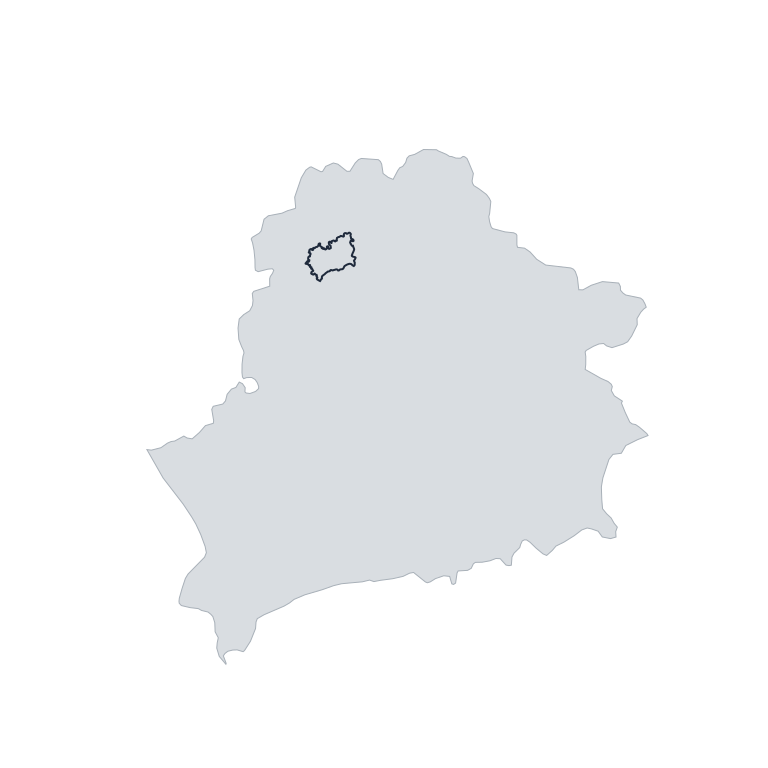 location of Hlybokaye, Vitebsk, Belarus, rotated 338°
{"feature_id": "67162791B12228546801080", "entity_name": "Hlybokaye", "entity_type": "district", "adm_level": 2, "iso_a3": "BLR", "parent_name": "Belarus", "parent_adm1": "Vitebsk", "projection": "albers", "projection_center": [27.835, 55.173], "detail": "fine", "context": "in_parent", "style": "outline", "palette": "slate", "viewbox_px": 768, "rotation_deg": 338, "n_neighbors": 0, "source": "geoboundaries", "source_scale": "gbopen_adm2", "svg_char_len": 9720}
<svg xmlns="http://www.w3.org/2000/svg" viewBox="0 0 768 768"><g transform="rotate(338 384 384)"><path d="M609.5,530.7L598.4,530.6L585.2,531.6L578.1,537.1L569.9,535.0L564.3,538.2L551.8,553.0L547.0,560.8L542.6,572.8L539.9,581.6L541.8,587.7L544.4,593.3L545.2,599.4L546.7,604.1L543.5,607.7L541.8,612.8L536.1,612.2L529.1,607.6L527.4,600.7L522.0,596.0L518.4,593.6L512.7,593.4L503.6,595.9L491.7,598.0L482.7,598.7L477.8,601.3L470.6,603.9L467.8,601.1L463.6,593.3L460.1,585.4L457.8,582.0L455.8,581.1L453.4,581.3L450.6,583.9L448.6,586.5L441.1,589.6L437.8,592.4L434.2,599.7L431.8,599.2L429.3,597.6L426.3,589.5L422.4,587.7L416.0,587.6L408.2,586.0L401.9,583.6L399.5,584.2L395.8,587.6L391.7,588.1L382.7,585.1L381.0,586.5L375.8,595.4L373.4,595.9L372.0,594.7L372.8,587.0L367.6,584.2L358.9,583.7L352.7,584.8L349.7,584.5L348.2,583.0L340.8,569.8L336.8,569.0L329.7,569.5L319.2,567.8L307.2,564.7L300.6,563.4L297.2,560.4L289.8,559.3L269.9,553.3L261.8,552.1L249.8,551.6L231.6,549.8L219.9,550.0L214.4,551.6L208.1,552.5L186.4,553.0L178.6,554.1L176.2,556.7L173.3,562.6L163.8,572.5L154.8,578.9L153.1,579.4L148.2,575.5L144.0,574.0L139.1,573.3L135.5,574.3L133.2,575.9L133.0,583.9L132.4,584.6L129.2,574.8L130.0,566.2L132.4,561.5L135.3,557.2L134.6,550.5L137.7,541.9L138.2,535.5L137.2,532.7L135.4,529.5L130.0,525.6L127.7,522.7L120.3,518.6L113.1,513.5L112.0,510.6L112.5,508.7L114.0,505.9L120.3,497.8L127.0,489.9L131.1,486.8L152.7,477.4L156.1,473.9L157.3,467.7L157.7,455.0L157.1,443.3L155.9,435.3L152.8,420.1L144.0,388.5L139.6,356.0L143.6,358.2L153.3,359.5L161.1,357.7L165.1,357.6L168.6,358.5L178.9,357.3L181.2,360.3L185.6,363.0L194.7,359.8L202.8,355.7L211.0,356.5L212.3,354.3L214.8,343.0L217.3,340.7L227.0,342.2L230.7,340.3L234.7,334.8L240.6,331.6L245.4,331.7L250.5,328.0L252.9,330.7L253.9,335.4L252.1,339.2L252.8,340.7L256.2,342.6L262.1,342.8L266.0,341.3L266.9,339.2L267.0,335.3L266.2,331.6L263.8,328.4L259.1,326.6L255.9,326.5L255.4,324.5L256.6,320.2L259.8,312.5L263.6,305.5L265.8,302.8L266.3,300.4L266.0,296.1L266.1,288.3L269.6,277.5L274.1,269.5L279.9,267.1L286.9,265.8L291.4,262.0L293.8,257.6L295.8,250.7L298.0,249.3L314.7,250.5L317.4,243.6L318.9,241.7L322.1,239.6L324.4,237.2L323.6,235.3L319.3,234.0L309.4,232.7L307.4,230.3L308.1,227.6L310.9,220.4L313.6,211.2L315.0,204.0L315.2,199.8L316.7,198.7L324.8,197.4L327.5,196.0L334.5,186.3L339.8,184.7L353.4,187.4L359.7,187.2L367.6,188.0L368.3,187.0L371.2,177.3L384.6,161.8L391.7,156.4L396.2,155.2L397.8,155.4L405.1,163.6L406.7,163.9L411.5,160.4L419.8,160.1L423.6,162.9L429.3,172.9L432.1,174.0L440.1,168.3L444.5,166.4L447.5,166.4L462.8,173.9L464.0,176.3L464.2,179.3L462.0,188.5L465.3,194.0L469.1,197.7L476.8,191.2L479.6,189.4L482.8,189.3L487.0,186.8L489.9,183.2L492.8,181.9L498.4,182.6L508.5,181.4L520.5,186.5L521.6,188.2L527.8,194.4L530.0,197.5L532.0,198.5L535.3,201.5L539.6,203.3L542.5,202.6L543.9,203.5L545.4,206.0L545.6,210.2L545.7,222.3L541.7,228.8L541.3,231.0L541.6,233.7L545.2,238.7L550.0,246.7L551.2,251.3L551.4,254.8L545.8,265.5L543.9,268.0L542.7,273.1L542.2,278.3L542.8,280.5L553.2,288.3L560.9,292.4L562.7,294.5L562.9,295.9L559.3,304.9L559.0,307.3L565.2,310.7L568.9,316.3L572.3,325.6L578.5,334.3L600.7,346.4L602.7,348.6L603.5,351.4L603.2,357.7L599.9,369.6L603.7,371.2L613.2,370.1L624.9,370.9L639.4,378.3L639.7,382.1L638.4,385.6L639.6,389.1L641.4,392.0L654.1,400.5L655.5,403.1L656.0,407.6L655.9,411.0L652.6,411.9L648.9,413.7L643.1,418.1L641.0,423.9L631.6,432.3L625.7,436.1L620.8,436.6L609.0,435.7L604.7,432.1L602.8,428.7L598.3,427.4L592.3,427.5L584.1,428.6L582.5,429.7L581.4,434.1L578.3,441.6L576.0,445.9L587.2,460.0L592.7,465.7L594.6,469.3L594.7,471.9L592.3,475.2L593.1,481.3L598.6,489.2L597.0,490.6L597.0,500.7L597.6,511.4L599.1,513.9L602.1,515.9L604.6,519.7L609.1,528.4L609.5,530.7Z" fill="#d9dde1" stroke="#a8b0b8" stroke-width="1"/><path d="M400.2,263.3L401.1,262.9L401.4,262.6L401.6,262.2L401.8,261.7L402.0,261.3L402.1,260.8L402.4,260.4L402.4,260.2L402.3,259.5L402.3,259.0L402.3,258.5L402.5,258.3L402.7,258.2L403.0,258.0L403.4,257.7L403.8,257.5L404.2,257.0L404.5,256.8L404.7,256.6L404.9,256.3L405.0,256.1L404.9,255.8L404.7,255.6L404.4,255.3L404.2,255.2L403.9,255.0L403.4,254.6L403.0,254.3L402.7,254.1L402.5,253.8L402.3,253.5L402.2,253.2L402.3,252.8L403.0,252.0L403.8,251.1L404.8,250.2L405.3,249.7L405.7,249.3L406.0,249.0L406.3,248.6L406.7,248.1L406.9,247.4L406.9,247.1L406.9,246.4L406.9,245.4L407.0,244.3L406.6,244.3L406.4,244.1L406.2,243.9L406.0,243.6L406.0,243.4L405.8,242.6L405.8,241.9L405.6,241.6L405.6,241.0L405.6,240.4L405.6,240.1L405.7,239.9L406.6,239.0L406.8,238.7L407.1,238.6L407.6,239.0L407.9,239.4L408.1,239.6L408.6,239.9L408.8,240.0L409.1,239.9L409.3,239.9L409.5,239.6L409.6,239.4L409.6,239.1L409.5,238.6L409.3,238.2L409.0,237.9L408.8,237.7L408.5,237.4L408.2,237.1L408.1,236.9L408.0,236.5L408.1,236.2L408.3,235.7L408.3,235.4L408.4,234.6L408.4,234.2L408.5,233.8L408.9,233.2L409.1,233.0L409.4,232.6L409.4,232.4L409.3,231.9L409.2,231.6L409.0,231.2L408.8,230.9L408.4,230.7L407.9,230.6L407.5,230.7L406.9,230.9L406.2,230.9L405.7,230.7L405.5,230.4L405.4,230.1L405.2,229.8L404.8,229.7L404.3,229.5L404.0,229.5L403.5,229.6L403.1,229.9L402.9,230.1L402.6,230.6L402.5,231.2L402.4,231.5L402.3,231.8L402.1,232.0L401.8,232.1L401.5,232.1L400.9,231.6L400.4,231.2L400.0,230.9L399.7,230.7L399.3,230.5L398.9,230.6L398.5,230.7L398.2,230.8L397.6,230.9L397.0,230.7L396.5,230.7L396.0,230.8L395.2,230.9L394.9,231.3L394.8,231.5L394.6,231.8L394.4,232.0L394.3,232.3L394.2,232.8L394.2,233.0L393.9,233.4L393.6,233.4L393.4,233.2L393.2,233.0L392.9,233.1L392.7,233.2L392.5,233.4L392.2,233.5L391.9,233.2L391.7,233.1L391.6,232.6L391.3,232.3L390.8,232.0L390.4,232.0L389.5,232.0L389.1,232.0L388.8,232.2L388.7,232.4L388.5,232.6L388.5,233.0L388.4,233.3L388.1,233.6L387.9,233.5L387.8,233.3L387.7,232.8L387.6,232.5L387.5,232.2L387.3,231.9L386.9,231.7L386.3,231.8L386.0,231.9L385.8,232.2L385.6,232.9L385.4,233.4L385.4,233.9L385.5,234.3L386.1,235.5L386.2,235.8L386.2,236.2L386.0,236.6L385.9,237.1L385.8,237.3L385.7,237.9L385.6,238.0L385.2,238.1L384.1,238.2L383.8,238.2L383.6,238.0L383.4,237.8L383.3,237.4L383.3,236.6L383.5,236.2L383.7,235.8L383.7,235.5L383.5,235.3L383.0,235.1L382.8,235.2L382.5,235.3L382.3,235.6L382.1,236.4L381.9,236.7L381.8,236.9L381.3,237.2L380.8,237.3L380.0,237.3L379.8,237.1L379.7,237.0L379.6,236.2L379.3,235.8L379.2,235.8L378.9,236.0L378.6,236.1L378.4,236.1L378.2,236.0L378.2,235.7L378.5,235.1L378.4,234.9L378.3,234.7L378.0,234.7L377.7,234.9L377.4,234.9L377.2,234.7L377.2,234.4L377.4,233.8L377.5,233.6L377.3,233.2L376.9,232.8L376.6,232.4L376.5,231.9L376.6,231.4L377.0,230.8L377.1,230.5L377.3,230.2L377.4,229.9L377.1,229.6L376.7,229.5L376.2,229.6L375.9,229.7L375.7,229.9L375.5,230.2L375.3,230.6L375.2,230.9L374.9,231.2L373.9,231.6L373.6,231.8L373.4,231.8L373.1,231.7L372.7,231.6L371.9,231.6L371.2,231.9L370.9,232.0L370.6,231.9L370.2,231.5L369.8,231.5L369.4,231.5L369.0,231.6L368.9,232.0L369.0,232.5L368.8,232.8L368.6,233.0L368.1,233.0L367.8,233.0L367.7,232.9L367.5,232.7L367.4,232.4L367.4,232.0L367.3,231.7L366.9,231.5L366.5,231.5L366.2,231.5L365.5,231.6L365.0,231.9L364.8,232.1L364.8,232.9L364.7,233.2L364.6,233.3L364.0,233.4L363.8,233.5L363.6,233.7L363.7,234.2L363.9,234.5L364.5,234.9L364.7,235.3L364.7,235.7L364.5,236.1L364.2,236.5L363.9,236.7L363.4,237.0L363.3,237.3L363.3,237.7L363.2,237.9L363.0,238.0L362.7,238.0L362.5,237.9L362.3,237.8L362.0,237.8L361.6,237.9L361.4,238.1L361.2,238.3L360.8,239.0L360.6,239.5L360.5,239.8L360.4,240.1L360.6,240.5L361.0,240.9L361.2,241.2L361.0,241.6L360.7,242.0L360.2,242.3L359.8,242.5L359.4,242.4L359.4,242.1L359.5,241.8L359.5,241.5L359.3,241.4L359.2,241.4L358.6,241.6L358.0,242.0L357.7,242.1L357.2,242.4L356.9,242.7L356.5,242.8L356.4,243.0L356.5,243.2L357.0,243.5L357.4,243.8L358.4,244.2L358.6,244.5L358.6,245.2L358.6,245.5L358.8,245.8L359.0,246.0L359.4,245.8L359.6,245.8L359.9,245.9L360.0,246.1L360.0,246.4L359.9,246.6L359.3,247.2L359.2,247.4L359.2,247.6L359.3,247.8L359.5,248.0L360.1,248.3L360.4,248.5L360.4,248.8L360.3,249.2L360.0,249.3L359.8,249.4L359.7,249.5L359.7,249.8L359.9,250.0L360.5,250.3L360.6,250.6L360.6,250.9L360.5,251.2L360.5,251.5L360.6,251.8L360.7,252.0L360.8,252.2L360.8,252.5L360.5,252.7L360.3,252.7L359.9,252.8L359.0,253.0L358.6,253.1L358.0,254.0L357.9,254.2L358.0,254.6L358.1,254.8L358.5,255.0L358.6,255.3L358.8,255.6L359.0,255.8L359.4,256.0L359.6,256.1L359.9,256.0L360.2,255.9L360.5,255.7L361.0,255.6L361.2,255.8L361.2,256.0L361.3,256.2L361.4,256.7L361.5,257.0L362.0,257.3L362.4,257.5L362.4,257.9L362.4,258.2L362.3,258.4L361.8,258.8L361.7,259.0L361.7,259.3L361.7,259.5L361.9,259.7L362.1,259.9L362.1,260.3L361.8,260.7L361.6,260.9L361.1,261.2L361.1,261.6L361.2,262.0L361.6,262.5L362.2,263.3L362.6,263.8L362.9,264.2L363.3,264.6L363.6,264.4L363.8,264.3L363.9,264.1L364.3,263.8L364.5,263.6L365.0,263.3L365.6,263.2L365.8,263.1L366.0,262.9L366.1,262.7L366.1,262.3L366.4,261.8L366.6,261.3L367.0,260.9L367.4,260.7L367.8,260.6L368.7,260.3L369.6,260.1L370.0,260.0L370.8,259.7L371.3,259.4L371.8,259.3L372.3,259.2L373.4,258.9L373.6,258.8L373.9,258.7L374.3,258.8L375.1,259.0L375.9,259.0L376.1,259.0L376.3,258.9L376.4,258.7L376.9,258.5L377.1,258.4L377.5,258.5L377.8,258.6L378.1,258.8L378.5,259.1L378.6,259.3L379.1,259.5L379.5,259.5L379.9,259.5L381.3,259.7L381.8,259.7L382.4,259.8L382.8,259.9L383.4,260.3L383.6,260.5L383.9,261.3L384.0,261.6L384.3,261.7L384.8,261.8L385.0,261.8L385.4,261.6L385.9,261.4L386.3,261.4L386.5,261.4L386.8,261.5L387.3,261.6L387.8,261.8L388.0,261.9L388.4,261.9L388.7,261.9L388.9,261.8L389.3,261.8L389.6,261.6L389.9,261.4L390.4,260.9L390.7,260.6L391.1,260.3L391.4,260.0L391.9,259.8L392.8,259.7L393.2,259.6L393.9,259.5L395.2,259.4L395.6,259.5L396.4,259.5L397.3,259.7L397.8,260.0L398.2,260.3L398.5,260.5L398.8,260.9L399.1,261.8L399.2,262.1L399.4,262.4L399.6,262.5L400.2,263.3Z" fill="none" stroke="#1e293b" stroke-width="2"/></g></svg>